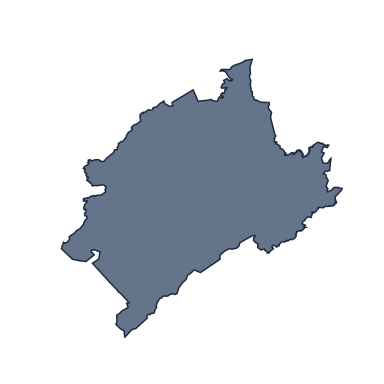 the district of Dzērbenes pag., Vecpiebalgas, Latvia, rotated 328°
{"feature_id": "27541924B98442671693527", "entity_name": "Dzērbenes pag.", "entity_type": "district", "adm_level": 2, "iso_a3": "LVA", "parent_name": "Latvia", "parent_adm1": "Vecpiebalgas", "projection": "natural_earth1", "projection_center": [25.681, 57.222], "detail": "fine", "context": "isolated", "style": "filled", "palette": "slate", "viewbox_px": 384, "rotation_deg": 328, "n_neighbors": 0, "source": "geoboundaries", "source_scale": "gbopen_adm2", "svg_char_len": 6071}
<svg xmlns="http://www.w3.org/2000/svg" viewBox="0 0 384 384"><g transform="rotate(328 192 192)"><path d="M65.3,194.8L75.8,193.5L74.8,189.4L76.2,188.2L77.0,188.2L78.5,189.7L79.6,189.9L80.2,191.8L81.0,192.3L82.4,194.4L81.6,194.7L77.5,199.4L69.8,199.7L74.2,224.1L76.6,235.6L76.4,236.7L77.9,241.2L80.1,252.7L77.7,251.6L76.6,256.1L69.8,255.7L66.3,256.5L62.8,256.6L59.9,261.9L57.3,264.1L59.0,270.5L61.0,274.2L59.4,276.3L58.3,279.5L68.1,276.8L71.9,278.0L87.3,275.2L87.3,274.3L88.8,272.8L90.5,272.9L91.3,273.7L93.4,273.4L94.9,274.5L95.6,274.4L96.7,273.9L97.7,272.6L101.0,271.0L101.2,269.5L103.0,268.3L104.2,266.9L105.9,266.6L106.7,265.7L108.3,265.3L110.0,265.8L110.5,265.3L113.3,265.2L114.4,266.4L116.4,267.4L120.1,267.2L120.2,267.7L121.8,267.9L123.0,269.8L125.3,270.3L129.9,266.4L135.8,263.9L140.7,263.0L143.8,260.3L147.8,260.2L152.5,259.2L156.5,264.8L179.9,263.9L180.3,263.8L181.3,261.4L183.3,260.2L189.4,259.4L193.5,259.9L196.1,261.9L200.2,263.3L200.5,263.0L202.7,263.0L205.8,260.4L219.6,261.0L222.0,261.9L222.4,262.7L222.0,263.2L220.0,263.4L218.5,265.9L219.2,268.7L220.6,270.7L219.5,271.7L219.6,272.4L218.3,273.8L219.8,277.8L223.1,278.5L222.9,280.4L223.9,282.2L223.9,282.9L225.1,283.9L224.2,284.0L225.2,284.5L227.3,283.5L230.9,283.3L231.1,282.4L230.5,281.1L232.0,280.2L232.6,280.2L234.4,281.9L234.4,283.4L237.5,283.7L237.9,282.7L242.3,281.8L244.0,283.6L246.8,283.1L247.1,283.5L246.8,284.1L247.4,284.4L249.2,284.1L250.5,284.5L251.6,285.5L254.6,285.6L257.2,284.4L257.7,283.5L257.6,282.8L259.4,282.0L259.8,281.4L259.3,281.2L259.5,280.9L263.3,282.0L263.1,282.4L263.3,282.7L265.1,282.9L267.8,282.3L268.8,281.6L269.7,282.1L268.7,280.4L270.6,280.3L270.5,280.0L269.7,279.7L269.6,278.5L268.6,277.6L268.9,276.6L269.6,276.0L272.7,275.9L274.5,274.8L276.7,274.4L279.6,276.7L281.6,274.8L283.8,273.7L283.2,272.8L284.3,273.3L284.6,274.3L285.0,274.4L287.6,274.1L288.9,273.1L290.3,273.2L290.7,272.1L291.3,272.2L295.3,275.1L296.4,274.8L298.1,274.9L298.5,275.7L300.2,276.4L300.9,276.3L301.1,277.1L302.1,277.1L303.4,278.3L305.5,278.6L306.4,277.9L308.4,277.9L308.6,277.5L307.4,277.1L309.6,276.6L308.9,275.3L309.9,274.0L310.5,272.0L319.5,269.8L321.2,268.5L318.2,265.9L318.4,265.5L314.8,263.4L312.6,264.0L312.5,264.4L307.1,263.9L307.2,262.8L308.9,261.3L309.0,260.1L308.6,258.2L313.6,254.5L313.9,249.8L314.5,249.5L314.7,247.9L312.9,246.2L315.4,245.1L319.2,246.6L320.6,246.6L321.0,245.5L327.6,237.2L325.7,237.6L322.8,239.4L320.0,238.2L318.6,237.1L319.7,231.9L324.7,229.1L323.1,226.6L327.6,223.2L330.3,226.0L332.8,224.7L331.6,223.8L330.6,223.8L329.1,222.2L329.2,221.7L328.4,220.8L328.7,220.6L328.6,220.0L326.6,218.9L326.9,218.6L326.3,217.5L324.8,216.5L319.4,216.7L318.9,216.9L319.0,217.5L317.9,217.9L317.2,216.8L314.6,216.5L314.2,217.2L314.6,217.7L313.5,218.1L314.0,218.8L313.0,219.3L313.4,219.8L312.2,220.5L311.5,220.4L311.1,221.4L309.9,221.1L309.1,222.0L309.0,221.7L307.9,221.6L307.5,221.9L306.9,221.8L307.0,221.5L305.2,221.5L305.5,221.2L304.9,221.0L305.3,220.6L304.5,219.9L305.7,219.3L305.4,218.7L306.3,218.5L306.4,217.4L305.2,216.2L306.1,215.8L305.4,214.9L306.2,214.8L305.6,213.4L304.6,213.5L304.6,212.8L302.6,212.4L302.0,213.0L302.3,213.5L301.8,213.8L301.1,213.9L300.4,213.1L299.6,214.1L299.0,213.8L299.3,213.4L298.7,213.1L298.1,213.4L298.6,212.6L297.8,212.3L297.6,211.6L297.1,211.4L296.9,212.1L295.6,211.6L294.2,211.7L292.2,210.8L291.1,210.9L291.2,210.1L290.2,209.7L290.8,209.1L292.0,209.0L292.0,208.1L291.6,208.1L291.8,205.9L291.3,203.4L290.2,202.3L290.0,201.3L291.1,199.7L289.9,197.4L289.9,196.7L288.7,195.6L289.9,194.7L289.4,194.6L289.8,194.0L288.5,193.6L288.9,193.1L288.8,192.3L290.0,191.1L290.1,190.2L292.9,188.9L292.7,187.2L298.1,170.3L301.7,166.6L301.2,163.8L301.4,160.5L303.8,158.9L304.8,157.0L298.6,152.8L297.2,151.5L295.4,148.2L293.6,146.7L294.6,144.1L294.1,142.6L296.3,138.9L295.7,137.3L297.0,135.4L298.1,131.9L298.3,131.4L298.7,131.6L301.0,128.5L301.2,126.4L302.1,123.9L303.9,123.2L307.5,116.6L313.4,111.4L306.2,108.4L305.2,108.9L301.9,108.6L294.6,106.9L292.1,106.9L289.0,108.2L281.8,103.6L280.1,104.4L282.3,105.5L284.3,108.3L284.2,114.2L284.7,116.8L285.8,117.6L285.9,118.3L284.8,118.7L283.6,118.1L282.2,116.3L281.9,114.5L278.0,114.1L277.5,116.9L275.1,116.7L272.1,118.8L272.5,119.9L276.9,122.0L275.9,122.7L273.9,122.8L273.5,123.9L271.6,125.2L270.5,124.0L267.7,124.8L267.7,126.4L268.6,126.5L269.1,127.7L267.3,128.3L265.7,125.9L261.4,128.5L257.7,125.3L257.6,123.8L254.6,122.8L245.2,118.2L245.2,117.0L245.8,115.0L247.1,106.0L222.6,105.5L221.2,108.8L218.1,107.2L215.8,102.6L216.3,100.0L215.5,100.2L215.1,99.8L214.1,100.2L212.3,99.8L207.3,101.0L203.5,100.0L202.1,101.2L200.9,101.0L199.5,100.2L199.3,99.4L197.4,99.1L195.1,99.5L193.1,98.7L192.6,99.2L192.5,98.5L191.8,98.4L188.8,99.0L187.4,101.4L186.2,104.6L180.6,105.1L178.9,104.4L176.0,104.7L174.5,105.4L174.8,106.9L173.7,107.6L169.5,107.8L166.2,109.5L165.4,110.6L159.7,112.5L158.8,111.7L155.3,111.9L153.9,113.9L152.1,114.6L151.6,116.1L150.9,116.4L148.8,115.2L146.4,117.0L137.4,118.1L133.6,119.3L131.9,118.6L130.6,116.9L130.1,115.4L129.2,114.6L126.0,113.0L123.2,112.6L123.0,110.9L120.9,110.0L120.7,110.2L121.1,111.1L120.1,111.9L119.3,111.7L119.7,112.8L118.2,113.6L114.5,113.5L112.3,114.4L113.5,116.2L112.0,117.2L111.5,118.3L111.9,120.1L112.4,120.5L111.1,121.4L111.1,123.4L110.6,123.9L111.5,124.0L111.8,125.1L108.9,126.4L109.2,127.2L109.8,127.7L109.8,128.4L110.4,128.9L110.3,130.1L111.1,131.5L111.0,132.7L110.5,133.7L111.0,134.2L113.4,135.1L114.4,136.2L116.1,136.7L118.6,138.2L120.2,138.4L121.3,140.2L121.3,141.3L122.0,142.3L119.5,143.8L119.1,146.1L113.7,146.5L109.4,144.4L107.8,144.5L107.6,143.4L107.0,142.9L105.3,143.1L105.0,142.3L104.3,142.1L101.6,142.2L100.1,141.4L97.8,141.0L97.6,140.4L96.1,140.4L95.3,142.0L95.9,142.0L95.8,142.5L96.4,143.2L98.1,143.8L98.4,144.3L94.3,145.9L91.7,148.1L91.8,148.7L91.4,149.1L91.3,150.0L92.7,150.3L92.7,151.3L91.2,152.9L90.4,152.8L89.3,153.5L88.6,155.4L90.0,156.9L88.9,158.7L85.7,159.7L82.5,162.0L77.9,163.7L74.0,163.5L69.9,164.7L66.0,164.6L63.8,165.2L63.3,167.1L59.4,168.5L57.2,168.1L56.5,166.5L51.2,170.8L55.0,185.7L60.4,190.9L65.3,194.8Z" fill="#64748b" stroke="#1e293b" stroke-width="1.5"/></g></svg>